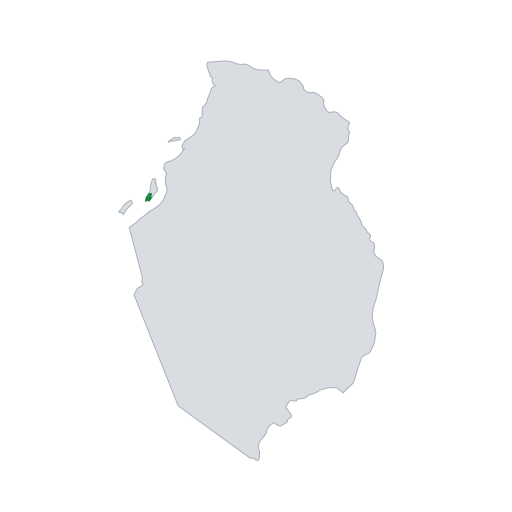 Kaskazini A, Kaskazini-Unguja, United Republic of Tanzania (highlighted), rotated 216°
{"feature_id": "72390352B77186952625716", "entity_name": "Kaskazini A", "entity_type": "district", "adm_level": 2, "iso_a3": "TZA", "parent_name": "United Republic of Tanzania", "parent_adm1": "Kaskazini-Unguja", "projection": "robinson", "projection_center": [39.277, -5.856], "detail": "fine", "context": "in_parent", "style": "filled", "palette": "green", "viewbox_px": 512, "rotation_deg": 216, "n_neighbors": 0, "source": "geoboundaries", "source_scale": "gbopen_adm2", "svg_char_len": 5546}
<svg xmlns="http://www.w3.org/2000/svg" viewBox="0 0 512 512"><g transform="rotate(216 256 256)"><path d="M202.3,351.2L197.8,348.5L193.7,346.9L190.4,345.1L188.9,343.3L185.8,342.7L183.1,342.4L180.5,340.8L175.4,340.2L174.8,339.1L174.7,336.7L173.8,336.0L172.0,335.4L170.0,335.5L168.7,335.8L168.0,335.6L166.3,334.2L164.8,332.4L164.2,329.5L161.8,327.7L159.1,326.2L151.6,326.4L150.4,325.9L148.6,324.5L146.5,322.1L144.8,319.3L143.3,315.6L141.7,310.5L133.0,290.5L132.1,286.7L130.4,282.4L127.6,277.3L124.7,273.4L120.7,270.0L116.2,266.5L113.7,264.1L109.0,254.7L108.1,250.3L107.3,245.7L107.6,243.8L110.5,237.9L110.8,236.3L110.4,234.0L108.9,229.3L107.1,223.6L103.4,213.2L102.8,210.6L102.9,208.6L105.0,198.0L105.0,196.6L113.6,196.8L119.9,192.1L125.4,185.2L126.5,182.3L128.8,177.9L130.9,175.7L131.8,174.1L133.0,169.7L135.9,166.7L138.7,164.4L138.1,162.8L138.6,162.2L140.1,161.0L143.1,159.9L143.7,157.6L143.6,155.0L143.2,153.5L143.2,151.8L142.8,150.9L140.8,150.6L137.9,149.3L135.5,148.8L133.8,148.0L133.2,147.4L133.0,145.9L134.3,141.8L133.0,140.2L136.0,133.5L136.5,132.6L137.6,132.5L139.3,131.8L140.9,131.5L142.3,131.8L143.2,131.5L144.1,130.7L144.8,128.4L145.4,124.6L145.0,121.5L143.8,119.2L143.4,115.5L144.0,110.6L143.6,106.5L142.2,103.3L140.8,101.4L138.6,100.4L135.2,95.5L134.1,93.1L134.3,91.6L135.5,90.9L137.7,91.2L139.7,90.6L141.6,89.2L143.4,88.8L144.4,89.0L230.8,89.0L331.7,152.8L332.1,153.5L332.9,159.0L332.7,160.9L331.2,164.1L330.7,165.7L330.7,166.9L331.1,167.3L332.4,167.5L333.6,168.2L334.0,168.8L334.8,171.2L335.9,172.4L374.3,203.7L375.1,204.1L374.6,206.8L372.4,213.1L372.3,215.8L371.5,218.9L370.6,220.9L368.4,229.9L366.6,233.2L364.1,241.1L363.7,247.1L365.1,251.3L365.6,255.2L368.5,259.1L370.9,260.5L372.5,262.2L375.3,266.3L376.9,270.3L382.0,272.3L384.0,276.8L383.3,280.0L380.9,282.6L378.7,286.7L377.0,292.2L376.9,300.7L378.1,299.4L380.8,301.4L381.2,307.6L378.4,314.9L377.5,318.2L377.4,321.1L379.4,329.8L382.5,334.2L382.2,335.5L381.4,336.7L386.6,344.5L386.2,351.2L388.2,356.5L389.0,361.1L390.3,364.6L390.5,367.0L388.9,369.7L392.7,370.3L395.0,372.5L396.0,374.6L398.8,374.5L400.3,376.0L402.4,377.2L407.1,380.7L408.4,382.4L409.2,384.1L396.1,395.3L391.4,398.1L388.1,399.4L384.5,400.2L381.1,401.9L377.9,404.7L373.7,406.0L368.7,406.1L363.4,408.0L355.2,413.7L350.3,410.5L346.5,409.5L342.2,409.6L339.5,410.0L338.5,410.7L337.7,412.7L337.0,415.9L334.2,418.9L329.2,421.9L324.5,423.0L320.3,422.2L317.4,421.0L315.9,419.3L313.7,418.5L310.8,418.7L308.1,419.9L305.4,422.2L301.2,423.2L295.3,422.9L292.2,421.8L291.8,419.8L289.2,417.6L284.5,415.0L281.1,415.0L278.9,417.4L276.8,419.0L275.0,419.6L273.4,419.7L271.0,419.0L264.6,418.8L258.5,418.9L257.8,415.3L256.6,413.1L255.5,411.8L253.3,411.5L252.8,410.5L252.0,408.3L251.0,406.4L249.6,404.8L248.8,403.3L248.5,402.0L248.7,400.5L250.0,396.9L250.4,394.4L250.2,391.8L249.5,389.2L248.0,386.0L248.2,385.1L247.7,383.0L247.6,381.5L247.9,379.6L247.6,377.2L246.3,371.9L246.3,370.6L245.0,368.1L240.9,362.1L240.7,361.3L234.3,355.2L231.8,353.9L230.9,355.1L230.5,356.1L230.8,358.0L230.6,359.0L230.4,359.4L228.9,359.4L227.9,359.1L225.5,357.5L223.6,357.1L219.0,357.4L217.3,357.8L216.0,357.4L213.6,354.7L210.7,354.1L208.1,353.9L203.7,350.8L202.3,351.2ZM382.7,250.4L384.8,257.0L384.5,258.2L383.0,259.0L382.3,259.1L381.3,258.0L380.7,255.8L379.6,256.3L377.6,253.6L375.7,253.5L374.0,250.3L374.7,247.5L374.3,242.8L376.4,240.3L377.5,236.2L378.9,239.0L379.2,243.4L380.9,248.5L382.7,250.4ZM392.8,210.8L393.0,212.4L392.6,213.9L392.7,218.6L392.5,221.7L390.9,226.0L389.6,227.6L388.5,227.1L387.6,226.4L386.8,225.2L388.3,217.3L387.6,211.5L390.5,212.0L392.8,210.8ZM388.6,306.6L387.1,307.0L386.5,306.6L385.6,305.3L387.2,304.2L388.7,302.0L392.3,298.9L394.0,296.3L393.7,298.8L391.7,304.2L390.0,304.5L388.6,306.6Z" fill="#d9dde1" stroke="#a8b0b8" stroke-width="1"/><path d="M379.1,243.3L379.0,242.9L379.0,242.7L378.9,242.5L378.9,242.4L378.8,242.2L378.8,241.7L378.8,241.3L378.8,241.1L378.9,240.3L378.9,240.1L378.9,239.8L378.9,239.7L379.0,239.5L378.9,239.4L378.9,239.0L378.9,238.9L378.9,238.7L378.7,238.2L378.5,237.9L378.4,237.7L378.2,237.5L378.2,237.4L378.1,237.2L377.9,236.9L377.7,236.6L377.6,236.4L377.4,236.3L377.4,236.2L377.3,236.3L377.1,236.3L377.0,236.5L377.0,236.8L377.0,237.0L376.9,237.2L376.9,237.3L377.0,237.3L376.9,237.4L377.0,237.4L377.0,237.5L377.0,237.8L377.1,238.0L377.1,238.3L377.1,238.6L377.1,238.8L377.1,239.0L377.0,239.3L377.0,239.5L376.9,239.6L376.9,239.8L376.8,240.0L376.7,240.2L376.7,240.3L376.7,240.5L376.5,240.8L376.4,240.8L376.2,240.9L376.1,241.0L375.9,241.0L375.7,241.1L375.3,241.4L375.2,241.5L375.3,241.6L375.5,241.6L375.6,241.8L375.8,241.9L375.9,242.0L376.0,242.0L376.8,242.0L376.8,242.4L376.8,242.5L376.9,242.8L377.0,242.9L377.1,243.0L377.0,243.4L377.0,243.5L376.9,243.7L377.0,243.7L377.0,243.8L377.3,243.8L377.3,244.0L377.3,244.3L377.3,244.5L377.6,244.6L377.6,244.4L377.7,244.2L377.8,244.1L378.0,243.9L378.1,243.7L378.4,243.6L378.6,243.4L378.8,243.4L379.0,243.4L379.1,243.3ZM375.6,239.0L375.6,238.9L375.3,238.7L375.2,238.3L375.3,238.3L375.3,238.2L375.3,237.8L375.2,237.7L375.0,237.8L375.0,238.0L375.0,238.3L375.0,238.6L375.0,238.8L375.0,239.1L375.0,239.3L374.9,239.5L374.9,239.8L374.9,240.0L374.9,240.3L375.0,240.4L375.0,240.5L375.3,240.5L375.5,240.5L375.5,240.4L375.5,240.1L375.5,239.9L375.5,239.7L375.4,239.6L375.4,239.4L375.4,239.2L375.5,239.1L375.4,239.2L375.4,239.3L375.5,239.4L375.6,239.2L375.7,238.9L375.6,239.0ZM375.1,237.3L375.0,237.5L375.1,237.4L375.1,237.3ZM376.9,237.8L376.8,238.0L376.9,237.9L376.9,237.8ZM379.6,239.4L379.6,239.2L379.6,239.3L379.6,239.4Z" fill="#22c55e" stroke="#15803d" stroke-width="1.5"/></g></svg>